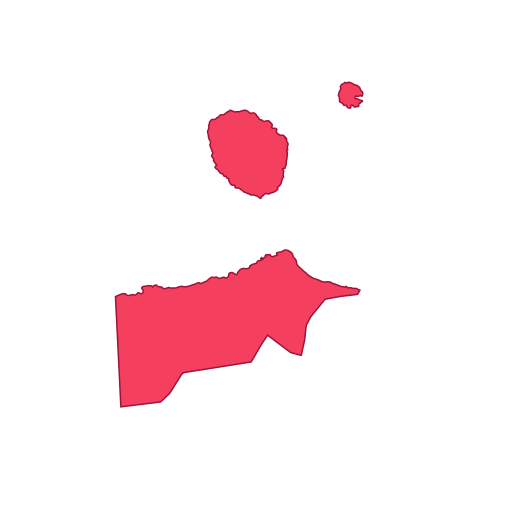 outline of Sumkar District, Madang, Papua New Guinea, rotated 300°
{"feature_id": "67681753B60776000026411", "entity_name": "Sumkar District", "entity_type": "district", "adm_level": 2, "iso_a3": "PNG", "parent_name": "Papua New Guinea", "parent_adm1": "Madang", "projection": "mercator", "projection_center": [145.886, -4.793], "detail": "fine", "context": "isolated", "style": "filled", "palette": "rose", "viewbox_px": 512, "rotation_deg": 300, "n_neighbors": 0, "source": "geoboundaries", "source_scale": "gbopen_adm2", "svg_char_len": 6170}
<svg xmlns="http://www.w3.org/2000/svg" viewBox="0 0 512 512"><g transform="rotate(300 256 256)"><path d="M57.8,214.4L82.0,246.4L93.9,249.9L116.7,250.8L119.0,251.8L161.9,304.8L181.8,304.9L193.2,305.6L189.7,334.1L192.4,344.6L192.9,344.8L207.9,340.0L221.0,334.2L230.8,333.8L253.1,337.4L263.2,349.3L273.6,363.2L278.4,363.1L278.2,361.9L278.0,359.0L276.3,355.8L276.1,354.5L275.6,353.3L274.7,352.1L274.5,351.4L274.7,349.3L274.3,348.8L273.7,348.8L273.3,348.4L272.7,346.1L272.3,345.4L272.1,344.5L271.9,342.5L271.7,342.0L271.1,337.7L270.9,337.5L270.6,336.4L270.6,333.3L269.9,331.7L269.4,331.1L269.3,330.4L268.3,329.3L267.1,327.0L266.7,325.3L266.7,323.7L266.1,320.1L265.3,316.7L265.5,312.3L265.4,311.5L266.2,307.9L266.6,307.0L266.4,306.3L268.3,297.6L269.1,295.8L270.2,294.7L271.4,293.8L272.3,292.8L273.2,291.1L273.3,290.1L273.8,288.9L276.0,286.5L276.4,285.5L276.8,284.1L276.9,281.5L276.6,280.3L275.8,278.2L275.3,277.7L274.1,276.9L272.1,275.8L271.5,275.2L270.8,273.9L269.5,272.6L268.7,272.3L268.2,272.7L267.7,274.0L266.1,272.9L265.2,271.9L263.9,271.0L263.4,269.8L263.4,268.6L264.2,267.6L264.2,267.3L263.3,266.4L262.7,264.9L261.7,263.9L261.0,263.8L260.8,264.0L260.8,264.5L260.4,264.8L259.3,264.1L258.4,263.8L257.2,263.7L255.8,263.1L254.2,261.8L252.9,260.3L251.6,259.9L249.8,259.9L246.9,257.0L244.6,255.7L244.0,255.7L243.4,256.2L242.9,256.2L241.6,255.6L240.0,253.9L239.3,252.0L238.6,250.8L237.3,249.7L235.9,249.0L233.4,248.5L232.1,248.5L231.3,248.7L230.3,248.6L229.8,247.7L229.9,243.9L229.4,242.9L227.9,241.5L226.5,241.5L225.1,242.2L224.3,242.2L223.4,242.0L222.4,241.5L221.6,240.6L221.7,239.0L221.5,238.6L219.7,236.8L218.7,236.1L218.2,235.3L217.9,233.4L218.2,232.8L217.8,232.1L216.4,230.3L215.5,228.2L214.6,227.5L213.9,227.4L212.5,226.7L210.4,226.1L209.5,225.7L204.2,221.7L204.5,220.4L204.0,219.5L203.5,218.9L201.7,217.7L195.9,212.5L193.6,209.7L193.1,208.5L193.0,207.6L192.5,206.6L190.9,204.8L188.0,202.4L187.2,200.6L186.0,199.0L185.5,197.8L185.2,196.5L184.8,195.7L184.2,195.5L181.9,193.0L181.4,191.6L181.9,190.4L181.8,189.6L180.5,186.2L180.5,185.6L181.1,184.6L181.0,184.3L180.4,183.4L179.5,182.5L177.4,181.9L177.8,180.9L177.8,180.2L177.5,179.5L176.4,177.4L174.7,175.6L173.7,174.1L172.6,173.1L171.2,173.0L170.7,173.4L170.2,174.9L169.4,175.8L168.7,176.3L167.8,176.4L166.8,176.1L165.7,175.2L165.6,173.0L165.3,172.3L164.8,171.9L163.6,171.9L161.6,170.7L161.1,170.0L161.2,169.1L161.0,168.5L157.9,165.2L157.5,164.4L157.5,163.2L158.0,161.8L157.7,161.1L156.8,159.5L155.6,158.3L150.6,154.6L57.8,214.4ZM370.7,166.5L370.2,165.6L369.9,164.2L369.5,161.1L368.9,160.4L367.6,160.2L367.1,159.7L366.9,159.3L365.5,158.8L362.6,157.5L361.4,156.5L360.9,155.2L360.3,154.7L359.5,154.3L358.2,154.2L357.3,153.9L356.2,152.9L354.4,152.6L353.7,152.0L352.2,149.6L351.1,149.1L350.3,149.1L349.4,148.8L348.7,148.9L346.8,149.6L346.1,149.6L345.2,150.0L342.8,151.4L341.4,151.4L339.8,151.8L338.9,152.3L337.3,153.9L336.1,154.7L334.4,156.2L333.6,157.1L332.7,158.9L331.7,159.8L330.8,160.2L329.1,160.4L324.7,165.7L324.4,166.5L323.5,167.2L321.7,167.2L320.8,167.4L319.9,168.2L319.5,168.9L319.4,169.8L319.1,170.4L318.3,171.1L317.7,171.3L316.7,172.4L316.2,174.2L315.6,175.0L315.1,176.6L313.3,176.0L312.8,176.0L312.2,176.3L311.7,177.5L311.6,179.3L311.1,181.1L310.4,182.2L310.0,183.6L310.0,184.8L310.6,186.1L310.2,186.8L309.2,188.2L309.4,189.2L310.1,190.0L310.0,190.4L309.1,191.2L309.0,191.8L309.3,193.7L308.0,194.4L307.4,195.1L306.2,197.1L305.6,197.9L305.3,199.1L305.5,200.3L306.1,201.1L306.4,201.7L306.3,202.5L305.6,203.2L305.1,203.3L304.9,203.6L304.9,204.3L305.1,205.1L306.0,206.5L306.2,207.5L306.2,208.4L306.0,209.2L306.0,210.8L305.4,214.1L305.8,214.8L305.9,217.6L306.4,218.2L306.5,218.7L306.1,219.4L306.3,220.7L306.6,221.9L307.8,223.1L307.8,224.5L308.5,227.1L308.5,228.3L308.2,229.1L308.1,231.0L308.4,231.3L310.6,231.3L311.7,231.9L312.8,232.0L314.5,232.9L315.2,233.6L316.2,236.2L317.9,237.2L319.2,238.4L319.3,238.8L320.0,239.4L321.1,239.9L322.0,240.6L324.2,241.4L325.0,241.4L326.1,240.4L326.8,240.4L327.8,241.0L329.6,241.4L331.2,241.4L336.5,240.1L337.5,240.3L338.2,240.3L339.8,239.1L341.4,238.2L342.7,237.7L343.3,237.7L343.7,237.3L344.1,236.7L344.1,236.1L344.4,235.5L345.1,235.5L345.6,236.0L345.9,236.6L346.4,237.2L348.3,236.7L350.0,236.6L350.7,236.1L352.5,235.4L353.1,234.8L355.0,234.4L355.8,233.9L357.1,233.5L361.0,231.6L361.7,230.9L362.2,230.0L362.9,229.9L363.5,230.4L363.8,230.4L365.2,229.1L366.3,228.5L367.6,228.3L369.0,227.8L370.1,226.5L370.5,225.2L372.5,224.1L373.1,223.5L372.5,222.7L372.8,222.2L373.3,222.2L373.7,221.7L373.8,220.3L374.1,220.0L374.1,218.9L373.6,218.0L373.1,217.5L372.7,216.5L372.7,215.0L373.2,211.9L373.6,211.5L374.2,211.1L375.7,211.0L376.3,210.4L376.4,209.4L375.8,207.9L374.9,206.6L374.9,205.8L375.3,205.2L375.9,205.0L376.8,205.0L377.4,204.7L378.2,203.9L379.3,200.2L379.3,198.9L379.0,198.4L376.5,195.7L376.4,193.8L376.6,193.3L376.6,192.8L376.2,191.9L376.1,190.6L377.3,188.2L377.5,187.3L378.6,185.1L378.9,183.9L378.9,182.9L378.3,181.7L376.9,180.2L376.8,178.8L377.2,176.6L377.2,174.9L376.9,174.0L376.5,173.1L373.5,170.1L372.8,169.7L371.5,167.4L370.7,166.5ZM453.6,261.8L453.8,261.4L453.9,260.1L454.2,259.0L454.2,257.9L453.7,256.3L453.5,254.9L453.6,253.0L453.1,250.0L452.7,249.3L452.0,248.7L451.5,248.4L451.0,248.0L451.0,246.4L450.3,246.0L449.2,245.7L447.6,244.5L446.5,244.3L445.0,244.3L443.8,245.4L443.2,245.8L441.6,246.0L439.6,246.0L438.4,246.5L437.7,246.5L436.6,246.8L436.3,247.2L435.8,248.0L434.9,248.9L433.5,249.9L431.8,250.9L431.2,252.3L431.6,254.5L430.5,256.4L430.5,257.1L431.0,257.7L431.5,258.6L430.4,261.0L430.4,261.8L431.1,263.5L431.5,263.9L432.1,263.8L433.0,263.1L433.9,263.0L434.6,263.2L434.8,263.6L434.8,263.9L434.6,264.4L434.6,265.6L434.3,266.2L434.3,266.9L434.6,267.4L435.7,268.4L436.3,269.5L436.9,270.0L437.5,270.0L438.9,269.0L439.5,269.0L439.9,269.2L440.6,269.9L441.9,270.1L443.1,270.9L443.7,270.3L443.7,269.9L443.1,268.8L442.7,264.8L442.1,263.6L442.1,262.7L443.9,262.2L444.2,262.4L444.7,263.0L444.8,263.9L446.7,265.9L447.2,266.7L447.3,267.7L448.0,267.9L450.5,267.1L450.8,266.7L451.5,265.6L451.9,263.9L452.4,263.1L453.6,261.8ZM257.2,262.3L257.5,262.0L257.4,261.5L256.3,261.4L255.9,261.6L255.9,262.0L256.3,262.3L257.2,262.3Z" fill="#f43f5e" stroke="#9f1239" stroke-width="1.5"/></g></svg>